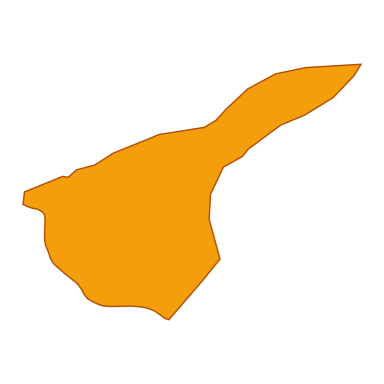 outline of Panajachel, Sololá, Guatemala
{"feature_id": "79465075B15499572594181", "entity_name": "Panajachel", "entity_type": "district", "adm_level": 2, "iso_a3": "GTM", "parent_name": "Guatemala", "parent_adm1": "Sololá", "projection": "albers", "projection_center": [-91.15, 14.749], "detail": "fine", "context": "isolated", "style": "filled", "palette": "amber", "viewbox_px": 384, "rotation_deg": 0, "n_neighbors": 0, "source": "geoboundaries", "source_scale": "gbopen_adm2", "svg_char_len": 785}
<svg xmlns="http://www.w3.org/2000/svg" viewBox="0 0 384 384"><path d="M226.2,109.1L215.9,120.4L204.3,127.4L159.3,134.5L113.4,153.1L94.6,165.1L76.7,169.8L68.2,177.3L62.7,176.4L24.5,191.9L23.0,204.4L26.5,206.1L32.9,208.4L36.6,208.9L41.7,211.4L44.5,214.3L45.1,219.4L44.5,238.5L45.3,244.5L47.7,250.1L49.1,254.3L50.4,258.4L54.0,264.1L65.6,274.3L76.1,282.5L78.6,285.2L81.4,289.1L84.1,294.3L87.5,298.6L93.6,302.2L100.0,305.0L103.4,305.9L109.4,306.5L130.7,306.1L139.0,306.7L144.8,307.5L148.9,308.7L154.4,310.8L158.7,313.8L164.7,318.3L168.9,319.7L201.1,282.3L220.0,259.1L209.1,219.2L210.5,194.2L223.4,167.1L242.4,156.4L248.5,148.9L280.8,125.0L304.6,115.1L333.1,97.6L354.0,75.7L361.0,64.3L305.6,67.6L275.6,73.9L247.9,88.8L226.2,109.1Z" fill="#f59e0b" stroke="#b45309" stroke-width="1.5"/></svg>